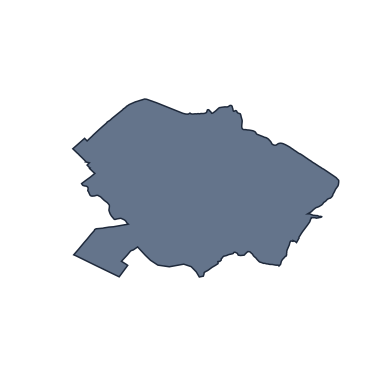 Magureni, Prahova, Romania, rotated 151°
{"feature_id": "2599482B49978352141893", "entity_name": "Magureni", "entity_type": "district", "adm_level": 2, "iso_a3": "ROU", "parent_name": "Romania", "parent_adm1": "Prahova", "projection": "robinson", "projection_center": [25.724, 45.056], "detail": "fine", "context": "isolated", "style": "filled", "palette": "slate", "viewbox_px": 384, "rotation_deg": 151, "n_neighbors": 0, "source": "geoboundaries", "source_scale": "gbopen_adm2", "svg_char_len": 5952}
<svg xmlns="http://www.w3.org/2000/svg" viewBox="0 0 384 384"><g transform="rotate(151 192 192)"><path d="M224.3,295.5L226.5,295.1L228.7,294.5L232.3,294.3L233.2,293.8L234.0,293.6L238.3,292.7L242.7,291.7L250.8,289.7L252.4,289.2L256.1,288.3L259.0,287.5L259.9,291.0L275.3,287.6L273.8,282.7L273.3,281.1L273.2,280.9L273.0,280.5L272.7,279.1L271.6,275.5L270.1,270.2L270.6,270.0L267.6,267.3L270.7,266.4L269.8,262.8L269.5,262.4L270.2,262.2L270.0,261.6L268.8,257.7L267.9,255.4L273.6,254.3L277.1,253.9L279.5,253.6L284.5,252.9L284.5,252.2L284.4,251.3L284.2,250.6L282.8,249.2L281.9,248.6L281.4,248.1L281.1,247.5L280.8,246.6L280.9,246.2L281.0,245.8L281.4,245.1L281.7,244.6L282.2,244.2L282.5,243.7L282.5,242.9L282.4,242.1L282.6,240.8L282.7,238.6L282.5,238.0L282.0,237.3L281.3,236.8L280.5,236.4L279.1,235.8L277.2,235.4L276.4,235.0L275.7,234.4L275.2,233.3L274.6,232.6L274.3,232.1L273.1,228.1L272.8,227.2L271.2,223.7L271.0,222.6L270.7,221.3L270.7,220.8L270.8,220.3L271.2,219.5L271.8,218.6L273.4,216.5L273.6,216.0L273.9,214.5L274.1,213.2L274.2,212.4L274.1,210.1L273.9,209.0L273.6,207.6L273.5,206.8L273.4,206.3L273.2,205.8L272.9,205.5L272.6,205.3L270.5,204.8L267.4,203.7L266.9,203.4L266.2,202.5L264.6,200.3L264.3,199.5L264.1,198.9L264.0,198.5L263.9,196.4L263.3,194.8L264.5,195.1L266.3,195.8L277.6,199.7L278.7,200.2L281.5,201.5L285.9,203.1L287.9,203.7L288.7,204.1L293.6,206.3L294.7,206.3L295.3,206.3L295.6,206.1L295.9,205.8L296.4,205.5L301.0,203.9L306.7,201.6L310.9,200.1L318.8,197.0L325.9,194.4L324.3,192.3L322.0,189.0L311.2,173.5L296.8,153.1L283.8,159.0L284.6,160.7L285.1,161.6L287.3,165.6L279.4,168.2L274.5,170.1L273.5,170.2L271.5,169.8L266.2,170.3L263.5,159.3L261.4,152.4L257.3,144.6L248.1,137.6L234.2,132.9L228.9,127.1L227.0,120.1L226.8,114.1L222.9,112.9L221.6,114.1L220.3,115.7L217.7,115.8L217.3,115.7L215.4,115.8L211.1,116.4L206.4,116.5L205.2,116.7L204.9,116.6L204.1,116.7L203.9,116.8L203.5,117.4L203.3,118.1L203.1,118.6L202.7,118.5L201.9,118.0L201.3,117.8L200.4,118.1L199.9,118.1L199.6,118.2L199.1,118.8L198.8,119.4L198.1,119.5L196.2,120.3L195.6,120.5L192.7,119.7L191.8,119.6L190.5,119.5L189.3,119.2L188.2,118.8L187.3,118.6L186.3,118.3L185.7,118.3L185.4,118.5L185.2,118.7L184.8,118.8L184.3,118.8L183.4,118.3L182.1,116.4L182.1,115.9L182.2,114.5L182.1,114.3L180.3,112.9L177.3,111.6L176.9,111.5L176.6,111.5L176.1,111.8L173.3,112.6L172.0,112.8L171.3,112.3L170.5,111.7L170.2,111.3L169.7,109.5L169.3,108.6L169.2,108.4L169.2,106.5L169.1,106.2L168.7,104.8L168.3,104.0L168.1,103.3L167.8,101.5L167.1,98.8L166.7,97.9L165.4,96.6L164.3,95.2L164.0,94.9L162.9,94.3L161.6,93.0L160.4,92.2L159.3,91.1L156.8,89.6L156.2,89.1L154.7,87.8L154.0,87.3L152.1,86.2L151.8,85.8L151.8,85.4L151.8,85.1L150.7,85.4L149.6,85.8L147.4,88.1L146.2,88.8L145.4,89.2L144.0,89.6L141.7,90.4L141.3,90.4L140.8,90.3L140.3,90.8L139.7,91.1L139.6,91.5L139.1,92.4L138.2,93.5L137.9,94.2L136.9,95.2L132.5,98.6L130.9,100.4L130.3,100.7L130.0,101.0L129.7,101.2L129.4,101.2L129.0,101.1L128.4,100.5L127.5,99.8L127.2,99.8L127.0,100.4L125.7,98.6L125.2,97.4L125.1,97.1L120.7,99.8L120.7,100.1L120.2,100.7L120.0,100.8L118.8,101.4L116.9,102.5L114.8,103.6L107.4,106.9L103.9,108.6L103.2,109.0L102.5,109.8L102.2,109.9L101.9,110.3L101.4,110.8L101.2,110.9L100.2,111.1L99.9,111.4L99.9,111.6L96.9,109.9L96.4,109.4L96.1,108.9L93.6,108.0L93.2,108.0L92.0,107.5L90.8,107.3L90.5,107.6L91.5,108.5L92.3,108.8L92.8,109.2L93.3,110.0L93.9,110.7L94.9,111.2L96.0,112.1L97.2,112.8L98.9,114.8L99.2,115.3L99.6,115.8L101.4,116.8L97.2,116.9L94.4,117.7L92.6,118.0L91.1,118.2L89.0,117.8L87.9,117.7L85.1,117.8L84.4,117.9L83.6,118.2L83.2,118.3L81.9,119.0L80.2,119.1L79.1,119.3L77.7,119.8L77.1,120.0L75.2,119.9L74.2,119.6L73.8,119.6L72.7,119.8L71.0,120.5L70.5,120.9L69.8,121.7L69.1,122.1L67.3,123.2L65.3,124.7L61.3,126.6L60.3,127.6L59.1,129.2L58.6,130.0L58.1,131.0L58.1,131.4L58.7,133.4L58.9,134.5L60.0,136.8L65.8,148.2L66.7,149.5L67.4,151.0L68.8,153.4L69.3,154.5L70.1,155.9L70.5,156.8L72.1,159.5L72.9,161.4L74.0,163.3L74.4,164.1L75.1,165.6L75.6,166.5L77.0,169.4L77.7,170.8L78.8,172.8L79.4,173.4L80.0,174.4L80.6,175.5L81.0,176.5L82.4,179.1L82.9,180.3L83.2,180.7L83.3,181.1L83.7,181.6L84.3,183.1L85.4,185.0L86.9,187.4L87.3,188.0L88.9,190.1L89.6,190.8L90.5,191.5L91.1,191.9L92.0,192.2L93.1,192.5L94.1,192.4L94.7,192.3L95.7,192.3L96.2,192.4L97.1,192.9L97.9,193.7L98.1,193.9L98.2,194.2L98.5,194.8L98.8,195.4L98.8,195.8L98.7,196.6L98.7,197.5L98.8,198.4L99.2,199.7L99.4,200.9L99.9,202.1L100.7,203.4L101.1,203.9L101.9,204.5L103.1,206.1L107.1,210.9L107.4,211.6L107.5,212.0L107.4,212.6L107.5,213.6L107.8,214.4L108.1,214.8L109.0,216.0L111.0,217.7L112.3,218.7L113.6,219.5L114.6,220.4L116.5,221.5L116.9,221.9L117.2,222.5L117.3,222.7L117.3,223.4L117.3,223.8L116.8,225.1L116.0,226.4L114.1,229.1L113.8,229.6L113.3,230.6L113.1,231.7L113.0,232.2L112.9,232.3L112.6,233.8L112.2,235.0L111.9,236.4L111.9,237.0L112.2,237.4L113.2,238.4L113.5,238.8L113.7,239.3L113.9,240.1L113.9,240.3L113.7,240.7L113.8,241.3L114.1,241.8L114.3,242.0L114.8,242.2L115.5,242.1L116.1,242.2L116.4,242.4L116.6,242.8L116.2,244.4L115.9,245.2L115.8,246.0L115.4,247.4L115.4,247.8L115.5,248.2L115.7,248.6L116.1,248.9L116.6,249.2L117.1,249.3L118.9,249.1L119.9,249.3L120.3,249.5L121.9,250.5L122.5,250.7L122.9,250.9L125.2,251.8L127.2,252.5L128.0,252.4L129.8,252.0L131.2,251.6L133.4,251.2L135.5,251.0L136.4,251.1L136.7,251.5L136.7,253.0L136.8,253.6L137.3,254.5L137.3,254.8L137.4,255.5L137.5,255.8L138.0,256.2L138.3,256.3L138.8,256.3L139.2,255.9L140.2,255.0L140.7,254.6L141.3,254.5L141.8,254.5L142.3,254.6L142.9,254.7L144.0,255.1L146.1,256.3L147.7,256.8L148.5,257.5L148.9,257.7L150.4,258.2L150.9,258.6L151.4,258.9L153.6,259.8L153.9,260.0L155.1,261.0L155.5,262.0L155.8,262.0L157.4,261.9L157.7,262.0L158.1,262.2L158.5,262.6L159.3,262.9L160.7,264.2L161.8,265.2L179.7,287.2L186.7,295.1L188.4,296.3L197.9,298.3L204.5,298.9L205.6,298.8L206.1,298.7L207.7,298.7L208.6,298.3L209.4,298.3L209.7,298.1L210.3,298.0L211.7,298.0L212.6,297.6L212.9,297.5L224.3,295.5Z" fill="#64748b" stroke="#1e293b" stroke-width="1.5"/></g></svg>